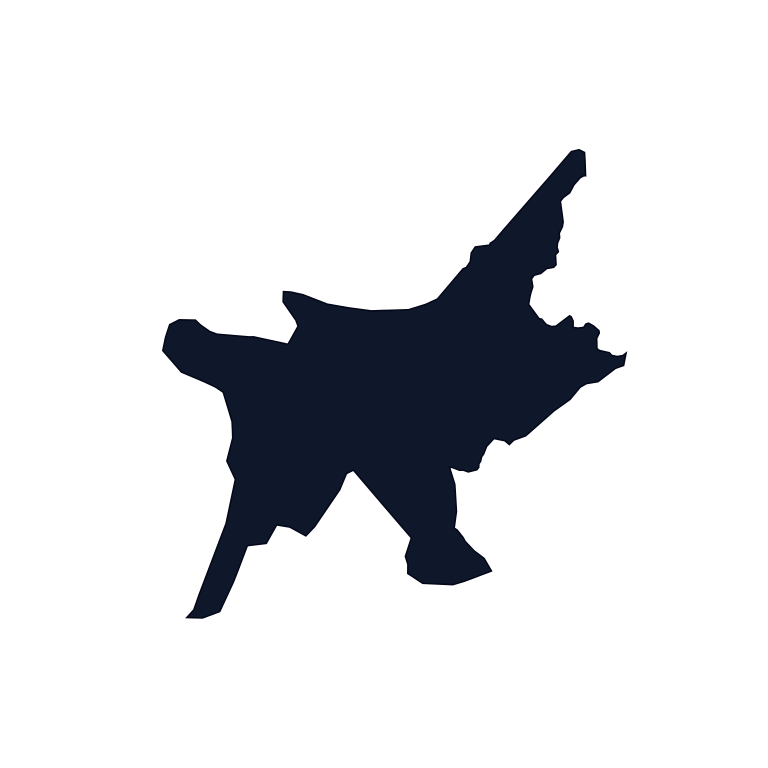 outline of Kisangani, Orientale, Democratic Republic of the Congo, rotated 18°
{"feature_id": "63176286B93910554563220", "entity_name": "Kisangani", "entity_type": "district", "adm_level": 2, "iso_a3": "COD", "parent_name": "Democratic Republic of the Congo", "parent_adm1": "Orientale", "projection": "albers", "projection_center": [25.29, 0.544], "detail": "fine", "context": "isolated", "style": "filled", "palette": "ink", "viewbox_px": 768, "rotation_deg": 18, "n_neighbors": 0, "source": "geoboundaries", "source_scale": "gbopen_adm2", "svg_char_len": 2726}
<svg xmlns="http://www.w3.org/2000/svg" viewBox="0 0 768 768"><g transform="rotate(18 384 384)"><path d="M497.1,100.9L490.3,105.1L477.7,135.4L459.1,179.1L450.2,200.0L444.7,213.3L441.5,217.3L441.5,217.7L441.5,219.3L438.2,220.8L428.5,225.4L428.3,225.9L426.5,232.4L427.9,239.4L428.2,241.1L427.3,244.1L426.3,247.7L423.9,249.7L423.5,250.1L408.5,286.7L398.9,295.5L384.3,305.8L381.8,306.7L364.6,312.9L361.1,314.1L349.3,318.4L326.3,322.6L307.2,325.3L305.6,325.6L279.3,324.1L267.0,325.3L259.8,327.2L262.6,337.0L280.5,350.6L284.4,355.6L282.2,366.7L280.4,375.9L245.5,379.4L241.5,380.8L209.9,388.2L202.1,387.9L191.3,384.6L184.9,381.5L169.4,386.2L161.8,393.8L161.8,407.2L163.3,420.6L187.7,435.3L212.3,437.4L224.3,438.9L233.6,441.5L242.8,454.7L251.1,466.7L254.1,474.6L256.8,482.2L258.3,505.8L272.1,520.7L276.9,565.4L273.2,642.4L272.9,657.5L268.6,667.1L283.7,662.6L294.8,653.8L298.1,651.2L302.0,618.9L302.7,607.5L303.2,596.6L304.0,580.0L321.3,572.0L325.5,551.2L338.6,549.2L356.6,552.6L362.1,541.2L374.6,498.2L376.0,480.8L381.5,475.4L412.0,494.1L418.5,498.1L457.6,521.9L457.6,541.4L462.4,548.1L465.2,556.9L482.4,561.6L511.5,553.6L521.2,546.9L535.8,535.2L544.0,528.7L543.5,528.2L533.1,518.9L521.2,514.8L520.1,514.2L509.7,508.5L506.9,505.7L498.6,500.2L495.3,499.4L492.3,482.8L482.4,457.6L472.2,443.2L473.7,442.5L474.0,442.3L482.7,442.7L484.5,442.0L486.0,441.5L487.0,441.5L487.9,441.5L488.2,441.5L491.0,441.6L491.3,441.6L498.8,436.9L499.9,434.0L499.0,430.9L498.9,430.4L499.3,429.3L499.8,427.8L499.5,424.7L499.4,422.8L500.4,419.9L500.5,418.2L500.9,411.7L505.4,401.9L514.0,400.9L516.2,400.6L516.8,400.8L521.9,402.9L522.2,402.3L524.8,397.3L529.4,393.7L534.8,389.5L554.0,357.0L565.7,341.2L571.6,326.4L576.4,321.1L586.8,315.7L590.1,310.9L599.3,297.6L606.2,292.3L604.7,279.7L603.0,282.2L602.4,283.1L600.5,284.1L597.2,285.8L591.8,286.4L588.7,284.6L578.6,285.5L575.7,284.6L575.1,283.1L574.0,279.9L572.5,275.8L572.2,275.1L573.0,268.9L571.9,266.8L566.5,264.5L565.3,264.0L564.7,263.9L559.9,262.9L557.6,264.3L557.2,265.4L556.4,268.4L554.1,269.5L551.1,270.9L549.2,271.2L546.4,271.7L544.4,265.6L541.8,262.8L541.3,262.2L539.4,261.8L529.6,275.9L525.5,277.6L522.0,277.4L520.1,277.3L519.2,276.8L516.4,275.1L514.1,273.6L512.7,273.7L511.1,273.8L509.1,272.3L497.0,263.6L495.9,256.4L495.5,251.5L495.5,245.5L491.8,238.4L493.2,234.2L499.0,230.4L503.1,223.9L507.3,221.7L509.3,220.6L510.8,217.4L507.2,208.1L509.0,204.3L506.4,200.5L506.3,199.9L505.5,196.4L505.9,190.7L504.1,186.4L505.1,179.1L504.9,178.1L504.3,174.4L502.5,170.7L501.3,168.1L499.1,163.6L495.3,155.7L495.7,154.6L496.9,151.4L498.4,149.2L501.6,144.7L502.8,137.8L503.1,136.0L506.8,127.3L509.7,124.2L511.4,123.7L506.3,109.8L503.2,101.8L497.1,100.9Z" fill="#0f172a" stroke="#020617" stroke-width="1.5"/></g></svg>